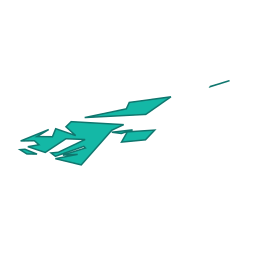 SVG path tracing the border of Svalbard, rotated 346°
{"feature_id": "NOR-901", "entity_name": "Svalbard", "entity_type": "Territory", "adm_level": 1, "iso_a3": "NOR", "parent_name": "Norway", "parent_adm1": "", "projection": "robinson", "projection_center": [18.37, 77.559], "detail": "coarse", "context": "isolated", "style": "filled", "palette": "teal", "viewbox_px": 256, "rotation_deg": 346, "n_neighbors": 0, "source": "natural_earth", "source_scale": "10m", "svg_char_len": 747}
<svg xmlns="http://www.w3.org/2000/svg" viewBox="0 0 256 256"><g transform="rotate(346 128 128)"><path d="M111.8,126.2L73.7,152.5L50.1,140.2L72.8,141.4L58.3,138.6L81.8,137.1L80.7,135.1L50.7,137.9L47.3,133.6L54.5,134.7L83.6,128.8L65.2,123.4L41.8,131.7L26.3,121.9L37.5,122.7L34.1,117.7L20.7,114.6L50.7,110.3L37.6,114.3L52.6,118.2L57.7,111.2L75.4,122.7L68.1,111.8L74.4,108.1L124.6,123.7L111.8,126.2ZM177.2,108.1L148.5,119.1L88.5,107.4L131.0,109.0L135.4,103.5L177.2,108.1ZM153.4,136.5L142.1,143.7L118.3,140.1L126.4,131.6L153.4,136.5ZM120.2,131.7L111.3,128.2L132.0,130.9L120.2,131.7ZM33.4,131.3L23.6,128.7L18.0,122.9L22.9,123.7L33.4,131.3ZM218.0,107.6L238.0,106.6L217.8,107.8L218.0,107.6Z" fill="#14b8a6" stroke="#0f766e" stroke-width="1.5"/></g></svg>